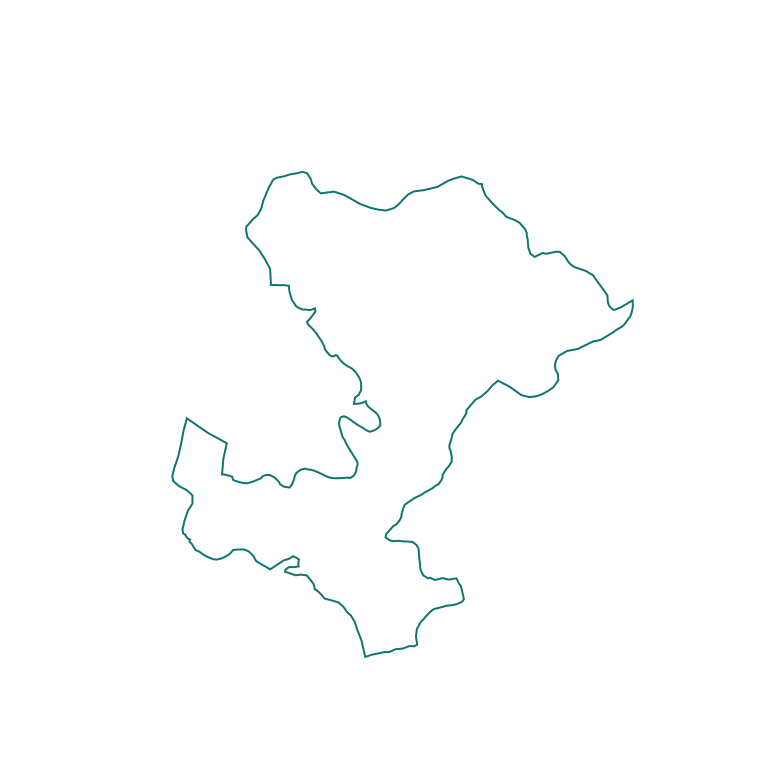 the district of Qalyub, Al Qalyubiyah, Egypt, rotated 54°
{"feature_id": "37247803B25886032732937", "entity_name": "Qalyub", "entity_type": "district", "adm_level": 2, "iso_a3": "EGY", "parent_name": "Egypt", "parent_adm1": "Al Qalyubiyah", "projection": "natural_earth1", "projection_center": [31.243, 30.207], "detail": "fine", "context": "isolated", "style": "outline", "palette": "teal", "viewbox_px": 768, "rotation_deg": 54, "n_neighbors": 0, "source": "geoboundaries", "source_scale": "gbopen_adm2", "svg_char_len": 5985}
<svg xmlns="http://www.w3.org/2000/svg" viewBox="0 0 768 768"><g transform="rotate(54 384 384)"><path d="M583.8,439.6L583.0,441.2L580.4,446.5L575.3,450.9L574.0,454.5L572.2,458.2L567.9,460.6L567.1,462.6L561.9,464.7L556.7,463.8L554.2,462.9L551.0,460.8L545.5,457.8L542.2,455.7L538.1,453.1L535.9,452.6L533.5,452.4L528.8,453.6L525.7,457.0L524.9,458.0L522.7,460.9L519.3,464.5L516.5,469.1L513.8,471.2L509.0,472.9L506.7,470.6L505.2,463.7L504.4,459.9L504.8,456.4L503.5,451.5L501.8,448.2L499.4,446.0L496.3,442.1L493.9,438.2L494.0,433.3L494.1,428.1L494.2,426.1L495.6,419.1L495.7,414.3L496.8,406.8L496.6,402.1L497.1,398.9L496.7,397.5L495.4,393.9L494.0,391.6L491.8,389.8L489.4,383.5L488.8,380.6L486.9,375.2L483.5,372.5L481.6,371.5L478.1,369.8L473.9,368.5L472.0,367.1L467.5,361.0L464.8,358.2L462.8,352.8L460.7,344.8L458.8,341.2L458.0,339.1L456.2,334.9L453.6,332.4L450.4,319.1L451.3,313.0L450.6,304.6L448.8,296.8L448.4,289.8L459.5,284.2L473.9,279.3L480.1,274.0L483.7,267.5L485.3,261.5L486.2,253.7L486.1,248.7L483.4,240.8L480.6,239.0L478.0,237.3L473.8,237.0L469.4,234.8L466.5,231.6L463.9,226.5L464.1,223.8L464.9,216.4L469.5,206.8L471.1,197.7L472.5,189.6L475.6,183.2L476.2,176.2L476.9,168.2L476.9,162.8L477.5,158.2L476.9,153.8L475.1,148.5L474.1,145.1L471.9,141.8L470.0,139.7L468.7,138.1L466.1,136.1L462.5,133.7L461.5,144.1L461.1,147.7L459.8,153.2L458.8,154.8L456.7,155.5L453.3,155.9L450.8,155.3L448.0,154.0L446.0,152.6L443.5,151.2L440.5,151.1L430.5,151.1L422.4,151.1L420.4,150.8L417.1,151.6L415.0,152.7L411.2,154.2L408.1,156.5L404.2,159.1L401.9,160.9L397.2,162.7L392.9,163.1L389.2,162.7L386.2,162.7L381.7,163.9L380.4,164.0L378.0,167.3L374.1,176.1L371.0,179.0L370.8,181.6L370.1,184.9L369.8,187.4L364.9,189.0L358.5,187.1L351.7,182.9L347.3,181.0L345.8,179.7L341.1,178.8L336.9,179.3L333.4,179.5L329.6,181.2L326.0,183.1L324.1,184.6L320.2,186.9L315.0,187.3L311.5,188.4L306.8,189.3L300.9,190.1L291.4,191.1L285.7,189.7L281.5,188.5L279.9,187.2L277.5,189.9L271.1,192.2L261.7,199.2L258.7,207.3L257.2,213.2L256.0,224.7L252.8,232.6L250.2,238.5L245.8,246.5L244.8,253.3L245.8,259.5L247.3,266.6L247.4,267.7L247.5,272.5L244.9,280.3L239.6,286.1L233.4,291.5L224.1,297.7L215.8,301.3L207.2,305.4L199.1,311.3L195.5,317.6L192.7,323.0L187.1,324.3L179.9,324.5L174.3,322.6L168.0,322.4L164.4,325.4L162.2,330.9L159.4,336.3L157.1,343.0L154.1,349.6L153.6,352.6L153.8,354.0L154.4,355.6L155.2,356.8L157.0,361.1L157.8,362.4L164.8,374.0L166.7,376.3L170.1,380.3L170.9,382.1L173.1,386.8L173.6,392.9L174.3,395.8L175.8,402.9L178.1,405.0L180.2,406.0L185.1,408.3L192.8,407.5L202.0,406.5L203.2,406.4L213.1,407.0L215.0,407.3L222.1,408.2L223.8,408.4L235.3,415.8L237.3,417.3L240.1,413.6L243.4,409.5L243.6,409.1L243.8,408.8L244.9,407.2L248.5,403.3L254.0,406.3L261.7,409.0L269.4,409.4L272.6,408.1L276.3,405.8L277.5,403.8L279.4,401.9L280.9,400.1L282.2,395.4L283.3,396.0L285.2,397.1L287.6,405.3L288.1,407.1L288.3,409.6L290.8,410.4L297.5,409.4L303.0,408.9L312.5,409.3L318.8,410.3L321.2,411.4L324.8,411.3L329.0,410.9L330.8,410.0L332.1,408.3L332.2,405.9L333.8,405.1L336.4,405.4L340.4,405.1L344.1,404.5L348.6,402.8L352.8,400.8L358.4,399.9L363.8,400.3L365.9,400.6L369.6,401.8L375.5,406.1L377.9,410.9L377.9,415.4L382.5,420.1L385.9,414.4L387.3,408.9L389.2,409.8L392.6,410.1L395.7,409.5L398.7,408.4L402.4,407.5L405.9,407.1L410.0,408.2L412.1,409.2L415.3,411.3L416.1,415.1L415.7,419.4L414.2,423.7L411.0,425.5L407.0,426.9L403.0,428.8L397.6,430.8L393.0,432.2L389.1,433.7L386.6,435.4L385.7,437.7L385.8,439.5L388.2,442.4L389.8,443.7L391.8,444.8L395.5,446.1L402.5,448.7L405.7,448.7L410.6,449.7L417.4,450.3L426.5,451.0L431.2,451.4L432.4,451.9L433.3,452.3L435.8,455.6L438.6,458.2L440.4,462.2L440.3,466.2L437.8,469.3L435.2,473.5L432.2,478.1L428.5,482.4L424.6,485.0L421.1,486.8L417.1,489.0L412.6,491.8L410.6,493.5L408.4,495.8L406.1,497.5L404.6,501.0L404.3,503.2L404.4,506.8L405.5,509.5L407.6,512.2L409.5,514.8L411.3,517.9L411.8,519.9L412.3,521.2L410.3,523.2L408.0,525.5L404.1,526.9L401.7,526.6L398.9,526.8L394.9,527.7L390.7,529.8L388.5,532.4L387.4,535.6L387.9,539.4L385.8,547.7L385.3,549.0L384.1,552.8L381.3,556.2L377.4,559.5L373.1,562.4L369.7,561.4L367.4,562.9L363.2,566.6L362.0,568.2L350.3,558.1L339.5,546.0L320.5,555.0L295.9,563.7L304.4,574.1L311.2,581.2L321.4,592.7L328.8,603.2L329.5,603.9L334.2,609.5L338.4,611.6L346.1,609.9L353.2,606.3L358.7,604.9L361.6,604.5L363.4,605.8L368.2,609.3L371.1,616.9L377.2,625.5L383.1,632.5L386.9,634.3L389.3,633.3L391.0,633.7L392.3,633.6L393.3,633.6L395.9,632.3L397.0,634.0L400.4,633.5L403.7,633.8L407.6,634.1L410.4,632.4L411.6,631.7L412.6,631.5L415.2,630.6L418.2,629.5L419.7,628.7L422.3,627.1L425.0,625.5L427.6,622.7L428.6,620.4L429.5,618.2L430.1,615.3L430.6,612.3L430.8,610.2L430.7,607.9L429.6,603.6L430.3,602.5L431.2,600.7L433.2,597.8L434.2,596.3L435.4,594.7L436.5,593.8L440.4,591.7L443.6,591.2L444.7,591.0L446.7,590.8L450.2,591.3L451.9,591.6L454.8,590.4L457.8,589.2L459.6,588.3L461.9,587.2L467.0,585.1L467.3,579.1L467.5,574.3L467.8,568.5L469.6,563.7L469.9,558.6L471.3,558.0L472.1,557.6L473.2,557.1L474.5,556.5L475.8,555.9L477.9,557.9L479.3,559.3L481.4,560.2L480.6,561.9L479.5,564.0L478.4,565.5L476.5,568.2L476.1,570.5L476.2,571.6L476.5,573.2L477.7,574.4L478.4,573.9L486.8,567.9L489.2,563.5L493.4,559.0L498.1,558.7L499.1,558.6L504.7,558.6L509.4,560.6L511.7,559.6L513.5,559.2L516.4,558.6L522.6,558.2L528.1,553.7L531.2,551.4L533.8,549.3L536.3,548.7L540.3,547.8L547.6,547.9L551.8,546.9L553.7,547.0L559.1,547.4L566.6,549.9L569.6,550.7L576.4,552.5L578.8,553.2L579.7,553.6L585.8,556.2L589.4,557.7L593.7,559.6L594.1,558.5L594.5,557.3L596.1,552.3L597.2,550.1L598.9,546.3L601.3,540.9L603.3,538.4L604.2,536.3L605.3,530.6L607.2,527.5L609.0,524.4L611.0,517.4L613.9,513.8L614.1,512.6L614.4,510.3L610.2,508.2L606.7,506.3L603.7,503.3L602.1,502.1L601.5,501.3L599.5,497.1L598.1,494.2L597.4,489.6L596.5,486.2L595.8,481.9L595.4,479.3L595.4,476.0L597.0,471.9L598.6,468.1L600.2,463.6L602.8,459.2L604.8,454.8L606.1,448.7L605.0,445.8L602.5,444.7L592.4,440.5L589.4,440.7L586.4,440.0L583.8,439.6Z" fill="none" stroke="#0f766e" stroke-width="2"/></g></svg>